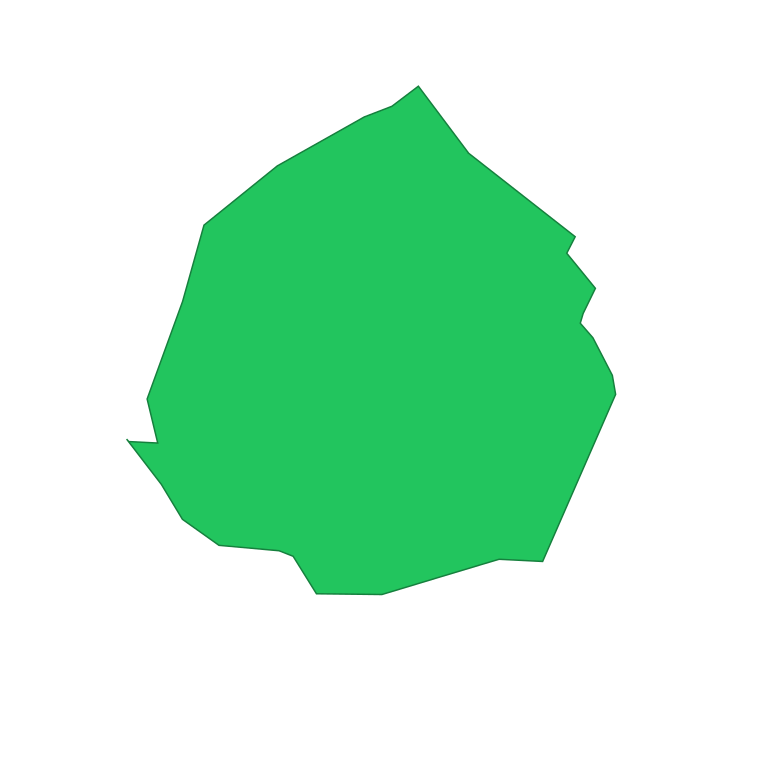 Michuhol-gu [Nam-gu], Incheon, South Korea, rotated 139°
{"feature_id": "91817680B16033238555875", "entity_name": "Michuhol-gu [Nam-gu]", "entity_type": "district", "adm_level": 2, "iso_a3": "KOR", "parent_name": "South Korea", "parent_adm1": "Incheon", "projection": "robinson", "projection_center": [126.663, 37.445], "detail": "fine", "context": "isolated", "style": "filled", "palette": "green", "viewbox_px": 768, "rotation_deg": 139, "n_neighbors": 0, "source": "geoboundaries", "source_scale": "gbopen_adm2", "svg_char_len": 579}
<svg xmlns="http://www.w3.org/2000/svg" viewBox="0 0 768 768"><g transform="rotate(139 384 384)"><path d="M168.7,502.9L162.7,586.2L195.8,588.4L223.7,598.5L321.4,618.6L415.6,622.0L481.9,578.4L572.6,528.1L593.5,487.9L614.4,508.0L614.4,511.3L617.9,454.3L624.9,414.1L614.4,370.5L572.6,327.0L565.6,313.6L572.6,270.0L542.0,242.8L523.7,226.5L471.4,203.0L429.7,184.2L412.1,176.2L380.7,146.0L216.0,224.2L206.0,240.7L196.0,281.8L196.0,301.1L187.4,306.6L161.7,317.5L160.3,362.8L143.1,369.7L168.7,502.4L168.8,502.9L168.7,502.9Z" fill="#22c55e" stroke="#15803d" stroke-width="1.5"/></g></svg>